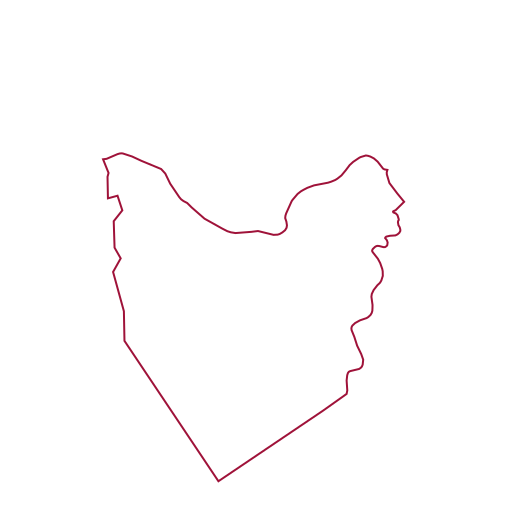 outline of Lee, Iowa, United States of America, rotated 236°
{"feature_id": "52423323B84333675271441", "entity_name": "Lee", "entity_type": "district", "adm_level": 2, "iso_a3": "USA", "parent_name": "United States of America", "parent_adm1": "Iowa", "projection": "albers", "projection_center": [-91.454, 40.596], "detail": "fine", "context": "isolated", "style": "outline", "palette": "rose", "viewbox_px": 512, "rotation_deg": 236, "n_neighbors": 0, "source": "geoboundaries", "source_scale": "gbopen_adm2", "svg_char_len": 2019}
<svg xmlns="http://www.w3.org/2000/svg" viewBox="0 0 512 512"><g transform="rotate(236 256 256)"><path d="M91.0,254.0L93.5,256.5L102.1,261.5L106.2,265.0L107.6,266.8L108.1,268.2L107.9,269.7L104.7,278.3L104.7,280.2L105.1,281.9L106.3,283.7L110.1,286.9L115.9,288.4L125.1,289.7L134.0,292.3L141.1,293.8L142.8,294.7L143.8,295.8L144.4,297.0L145.0,300.7L144.5,306.3L142.7,312.9L142.6,314.9L143.1,318.0L144.1,320.1L145.5,321.8L147.8,323.5L150.2,325.2L157.7,328.9L159.8,330.8L162.0,334.5L163.9,340.3L164.4,343.5L164.9,344.8L165.6,346.2L168.6,350.0L172.5,352.5L174.6,353.4L180.7,355.0L185.6,355.5L194.0,354.9L195.3,355.1L195.9,355.7L196.5,356.8L197.0,359.7L196.9,361.3L196.4,362.5L195.3,363.8L192.1,366.6L191.2,368.0L191.2,369.8L191.6,370.9L193.6,372.7L195.9,373.3L198.7,373.1L199.1,373.8L199.2,374.9L197.9,378.3L195.1,383.1L194.8,385.4L195.1,387.8L196.1,389.7L197.4,390.5L199.5,391.2L201.9,391.3L204.7,392.6L205.6,393.5L205.9,394.3L206.7,394.9L210.7,396.1L213.1,395.7L215.2,394.3L216.0,394.3L216.3,394.7L216.2,395.7L215.9,397.4L218.1,409.1L228.8,408.1L241.9,407.4L250.5,410.1L252.3,411.2L253.9,413.1L256.0,410.9L257.4,410.2L266.2,409.6L271.0,408.3L274.5,406.4L276.4,404.9L277.9,403.3L279.5,398.1L279.7,396.6L279.7,389.2L279.0,384.5L276.9,378.4L275.0,371.9L274.6,366.7L274.7,364.2L275.6,359.8L276.5,356.7L282.1,343.6L283.8,336.7L284.3,332.4L284.5,329.5L284.2,325.2L282.1,317.7L281.5,316.2L274.5,304.9L273.0,303.0L271.1,301.4L267.5,300.4L264.1,298.8L262.3,297.1L261.1,294.5L260.8,291.0L261.0,287.9L261.6,285.9L263.7,282.4L275.6,271.6L278.6,265.7L286.5,251.8L289.7,248.4L292.6,246.1L297.5,243.4L315.7,234.2L332.3,229.8L338.4,228.6L342.1,226.6L344.9,225.6L347.8,225.3L363.9,225.3L375.1,226.9L381.1,226.0L381.9,225.5L399.0,214.2L407.8,208.9L415.5,202.9L416.4,201.8L417.2,200.3L417.9,198.1L420.1,186.5L421.7,183.3L407.3,180.2L404.7,177.2L386.6,165.5L383.4,174.9L368.6,170.7L364.4,157.5L342.0,143.4L329.7,142.5L322.7,128.6L284.1,115.6L259.2,99.5L90.3,98.9L90.3,225.1L91.0,254.0Z" fill="none" stroke="#9f1239" stroke-width="2"/></g></svg>